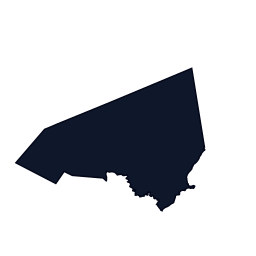 the district of Magarini, Coast, Kenya, rotated 26°
{"feature_id": "3690345B44163293085628", "entity_name": "Magarini", "entity_type": "district", "adm_level": 2, "iso_a3": "KEN", "parent_name": "Kenya", "parent_adm1": "Coast", "projection": "orthographic", "projection_center": [39.973, -2.829], "detail": "fine", "context": "isolated", "style": "filled", "palette": "ink", "viewbox_px": 256, "rotation_deg": 26, "n_neighbors": 0, "source": "geoboundaries", "source_scale": "gbopen_adm2", "svg_char_len": 5701}
<svg xmlns="http://www.w3.org/2000/svg" viewBox="0 0 256 256"><g transform="rotate(26 128 128)"><path d="M131.5,185.0L131.5,184.6L131.5,184.1L131.1,183.6L131.0,183.1L130.7,182.8L130.5,182.1L129.8,181.0L129.3,180.6L128.6,179.7L128.4,179.4L128.1,179.0L128.0,178.9L127.9,177.3L127.5,176.5L127.4,176.4L127.7,176.2L128.0,176.4L128.6,176.0L129.0,175.9L129.1,176.0L129.3,176.0L129.5,175.9L130.0,175.8L130.2,175.7L130.5,175.8L130.6,175.7L131.0,175.4L131.3,175.0L131.6,174.6L131.9,174.8L132.1,174.7L132.5,174.3L132.8,174.1L133.3,174.0L133.6,174.1L134.0,174.0L134.5,173.6L134.8,173.5L135.2,173.5L135.7,173.7L136.1,173.7L137.5,174.2L138.2,174.4L138.9,174.8L139.0,174.8L139.2,174.7L139.4,174.6L139.5,174.5L140.0,173.6L140.3,173.5L140.7,173.5L141.0,173.4L141.8,172.7L142.1,172.6L142.5,172.5L142.9,172.5L144.2,172.8L144.5,172.8L145.6,172.2L145.8,172.0L146.2,171.8L146.5,171.4L147.1,171.0L147.4,171.0L147.8,171.0L148.3,171.0L148.7,171.1L149.6,171.9L149.6,172.1L149.3,172.2L149.1,172.4L149.0,172.5L148.9,172.9L148.5,173.5L148.5,173.9L148.6,174.2L148.7,174.3L149.2,174.2L149.6,174.2L150.6,174.1L151.2,174.1L151.4,174.2L151.5,174.3L151.7,174.5L151.8,174.8L151.7,175.4L151.4,176.3L151.3,176.5L151.7,176.6L151.9,176.6L152.1,176.5L152.7,176.3L153.1,176.2L153.5,176.2L153.8,176.3L154.3,176.9L155.1,177.6L155.4,178.0L155.5,178.4L155.5,178.7L155.2,179.3L155.2,179.6L155.3,179.7L155.6,179.8L156.1,179.9L157.8,179.9L158.6,180.0L158.8,180.1L159.3,180.4L159.7,180.8L159.7,181.0L159.8,181.1L159.6,181.6L159.6,181.8L159.7,182.2L159.8,182.3L160.3,182.3L160.6,182.1L160.7,180.8L160.7,180.6L160.9,180.4L161.4,180.3L161.7,180.3L161.9,180.4L162.1,180.6L162.2,180.8L162.1,181.0L162.1,181.3L161.7,181.7L161.7,181.9L161.7,182.0L161.8,182.1L162.8,182.3L163.2,182.6L163.3,182.7L163.4,182.9L163.5,183.1L163.3,183.6L163.3,183.8L163.5,184.2L163.8,184.6L163.9,185.1L164.2,185.1L164.6,185.0L164.8,184.8L165.1,184.4L165.4,184.2L165.9,183.9L166.1,183.9L166.7,183.9L167.6,183.8L168.0,183.8L168.3,183.9L168.6,184.5L168.8,184.6L169.5,184.2L169.8,183.9L170.4,183.4L170.7,183.1L170.8,182.8L170.9,182.7L171.2,182.6L171.7,182.5L172.1,182.3L172.2,182.2L172.3,182.0L172.2,182.0L171.8,181.9L171.6,181.6L171.5,181.4L171.5,181.2L171.7,180.8L172.2,180.5L172.6,180.1L173.0,179.5L173.3,179.1L173.5,179.1L173.7,179.6L173.9,179.8L174.2,179.7L174.6,179.8L174.9,179.7L175.1,179.5L175.1,179.3L174.9,178.4L174.7,178.2L174.2,177.7L174.0,177.4L173.9,177.2L173.9,176.9L174.0,176.8L174.4,176.8L174.5,176.8L175.1,176.5L175.3,176.3L175.4,176.2L175.6,176.2L176.1,176.6L176.4,177.0L176.8,177.7L177.1,178.9L177.2,179.1L177.4,179.1L178.4,179.3L178.8,179.2L179.0,179.2L179.2,178.8L179.1,178.2L179.8,178.1L180.4,177.9L180.6,177.9L180.8,178.0L181.2,178.5L181.8,179.1L182.2,179.7L182.3,179.7L182.5,179.8L182.8,179.8L183.0,179.7L183.3,179.3L183.6,179.2L183.8,179.1L184.5,179.3L185.3,179.1L185.6,179.2L185.9,179.3L186.0,179.5L185.9,179.8L186.0,179.9L186.5,179.4L186.9,179.2L187.1,179.2L187.3,179.3L188.1,180.1L187.9,180.2L187.8,180.5L187.6,180.9L187.7,181.0L187.8,181.5L187.5,182.0L187.5,182.4L187.3,183.1L187.6,183.6L187.3,184.1L187.7,184.2L187.9,184.2L189.5,185.2L190.2,185.5L191.1,186.0L191.4,186.1L191.9,186.3L192.4,186.5L192.6,186.6L192.8,186.9L193.2,187.3L193.8,187.5L194.9,187.4L194.8,186.9L194.8,186.1L195.1,185.3L195.6,184.1L195.9,183.6L196.8,182.4L197.2,182.0L197.6,181.4L197.9,181.2L197.9,180.9L198.0,180.8L198.6,180.2L199.5,178.2L200.0,177.3L200.3,176.8L200.8,176.3L200.9,176.0L201.4,175.4L201.5,175.2L201.6,174.7L201.5,174.2L201.4,173.7L201.3,172.9L201.1,171.6L200.9,170.7L200.9,169.8L200.7,169.2L200.4,168.6L200.3,168.4L200.3,168.2L200.5,167.5L201.1,166.8L201.9,166.2L202.7,165.7L203.0,165.7L203.3,165.3L203.3,165.2L203.2,164.9L203.2,164.5L202.6,163.7L202.5,163.4L202.5,163.1L202.5,162.7L202.6,162.4L202.8,161.9L203.0,161.3L203.2,161.0L203.6,160.6L204.4,160.0L205.2,159.6L206.0,159.3L206.3,159.3L206.5,159.2L206.6,158.8L206.7,158.5L206.6,157.9L206.7,157.3L207.0,156.8L207.2,156.4L207.6,156.0L207.9,155.7L208.6,155.2L209.6,154.9L209.9,154.8L210.4,154.8L210.6,154.8L210.7,154.7L211.0,154.5L211.4,154.2L212.0,153.5L212.3,153.2L212.5,153.2L212.7,153.4L212.9,153.7L213.0,153.7L213.4,153.0L213.5,152.6L213.5,152.0L213.4,151.7L213.5,151.3L213.4,151.1L213.2,150.9L213.0,151.0L212.9,151.1L212.5,151.1L212.1,151.2L211.9,151.2L211.8,151.4L211.7,151.5L211.6,151.8L211.4,151.8L211.2,152.0L210.9,152.3L210.7,152.6L209.9,153.0L209.6,153.1L209.4,153.3L208.6,153.3L208.3,153.4L207.9,153.2L207.6,153.1L207.4,153.0L207.2,152.9L206.8,152.1L206.7,152.2L206.4,152.3L206.2,152.3L205.7,152.3L205.6,152.2L205.2,151.2L205.0,150.8L204.3,149.9L203.9,149.3L203.3,148.4L202.9,147.6L202.5,147.2L202.4,147.1L202.2,147.2L201.9,146.8L201.8,146.6L201.8,145.7L201.9,145.2L201.7,144.6L201.6,144.3L201.7,142.8L202.1,140.8L202.6,139.3L202.7,139.0L202.8,138.8L202.7,138.5L202.7,138.3L202.9,138.0L203.2,136.7L203.1,136.3L202.9,135.7L202.6,135.7L202.7,134.9L202.9,134.8L202.9,134.6L202.9,134.3L202.6,133.9L202.8,133.7L203.0,133.3L203.0,133.1L202.8,132.5L202.8,132.3L202.9,131.8L203.6,130.6L203.7,130.3L203.9,129.9L204.1,129.3L204.4,128.5L204.8,126.9L204.9,126.0L205.1,123.9L204.9,123.5L204.7,123.4L205.3,119.6L205.2,119.4L204.8,119.3L204.8,119.1L204.9,118.9L204.7,118.9L204.8,118.6L205.0,118.2L205.2,117.8L205.3,117.3L205.4,117.2L205.6,116.5L205.8,115.6L206.5,114.3L206.4,113.8L206.3,113.7L206.0,113.7L205.9,113.6L205.6,113.3L205.3,113.1L205.3,113.4L205.2,113.5L205.2,113.2L205.2,112.9L205.0,112.6L205.0,112.0L204.9,111.8L204.8,111.7L204.7,111.6L204.4,111.0L204.6,111.0L204.0,110.2L159.1,46.5L132.5,76.8L98.6,115.3L63.2,154.9L58.5,160.4L55.2,164.1L53.8,165.6L53.7,165.8L53.5,166.5L42.5,208.4L87.4,209.5L89.6,195.0L98.7,195.0L127.5,183.8L131.5,185.0Z" fill="#0f172a" stroke="#020617" stroke-width="1.5"/></g></svg>